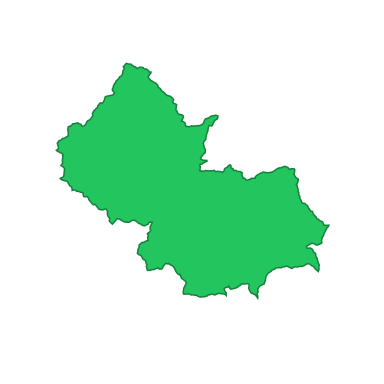 Huaraz, Áncash, Peru, rotated 231°
{"feature_id": "86281439B31428964114351", "entity_name": "Huaraz", "entity_type": "district", "adm_level": 2, "iso_a3": "PER", "parent_name": "Peru", "parent_adm1": "Áncash", "projection": "robinson", "projection_center": [-77.639, -9.574], "detail": "fine", "context": "isolated", "style": "filled", "palette": "green", "viewbox_px": 384, "rotation_deg": 231, "n_neighbors": 0, "source": "geoboundaries", "source_scale": "gbopen_adm2", "svg_char_len": 6061}
<svg xmlns="http://www.w3.org/2000/svg" viewBox="0 0 384 384"><g transform="rotate(231 192 192)"><path d="M234.8,260.0L236.9,258.7L237.8,256.4L238.8,255.2L239.1,253.3L238.9,252.1L240.3,248.6L239.9,247.0L238.3,244.2L238.1,242.3L238.7,240.0L242.4,234.4L243.7,233.4L244.3,231.1L246.8,228.8L247.7,228.8L249.4,229.8L250.6,230.0L253.4,229.0L253.8,228.4L254.2,229.2L254.2,230.2L255.0,230.9L255.5,232.5L256.9,233.1L258.3,232.8L261.0,230.5L262.4,230.5L264.3,231.3L265.4,231.1L266.6,231.7L269.5,235.0L270.5,234.8L272.8,233.3L274.5,234.2L275.0,235.4L275.5,235.9L277.7,235.9L280.3,235.3L282.1,233.8L284.5,232.9L286.0,233.0L290.3,232.0L291.5,232.4L292.5,232.4L294.4,231.7L296.4,232.5L298.8,232.5L304.9,230.1L305.7,230.4L306.8,230.0L308.0,230.0L309.4,230.8L309.5,232.0L310.2,233.1L310.1,234.5L311.0,235.6L312.0,234.4L313.4,234.6L316.6,233.8L317.4,232.6L318.4,232.2L319.3,232.3L320.2,231.7L321.8,230.2L322.6,227.2L323.1,226.7L324.7,226.9L326.1,225.8L327.6,225.6L328.7,224.8L329.5,225.2L331.1,223.5L333.3,221.9L332.6,217.4L330.3,217.1L329.7,214.8L327.5,212.3L326.9,211.0L326.7,210.3L327.0,208.0L326.2,206.5L326.0,202.6L325.3,201.9L324.9,199.8L323.8,197.5L323.0,196.9L322.3,195.2L321.2,194.1L317.8,194.2L317.2,191.5L320.4,185.3L320.5,184.3L318.6,181.7L317.5,179.0L317.4,178.1L318.8,177.1L319.1,176.1L318.5,174.6L318.4,173.1L317.2,171.8L317.2,169.6L316.7,168.5L317.0,167.6L316.5,165.8L315.8,164.3L315.1,163.6L313.8,163.1L313.4,162.0L312.3,157.8L312.7,157.2L313.0,155.7L312.6,154.1L311.5,152.2L311.3,149.9L311.5,149.1L312.5,147.9L314.5,148.4L316.4,146.9L317.6,146.9L318.6,144.6L320.0,142.4L319.6,140.1L320.5,136.6L319.9,136.4L318.9,134.8L316.6,133.6L313.6,131.3L314.3,125.8L315.2,125.1L314.8,123.8L314.8,122.1L315.5,121.3L315.3,119.7L314.7,118.0L313.6,117.7L312.9,117.0L311.4,116.7L310.2,116.1L309.7,115.1L309.8,112.8L308.7,113.0L304.1,115.0L302.2,115.3L301.7,114.3L300.5,113.7L298.4,111.3L295.9,109.7L295.0,106.8L292.6,107.7L290.2,107.7L289.5,106.7L286.3,103.7L284.9,101.9L284.9,99.9L285.6,98.5L285.3,98.0L282.9,98.7L278.8,101.8L273.7,100.9L271.6,101.5L270.1,100.9L268.6,99.8L267.8,101.8L266.2,102.7L264.9,102.8L264.3,104.0L262.0,105.2L260.7,106.4L259.5,106.6L258.1,105.5L256.7,105.1L255.9,105.4L254.7,107.4L254.2,107.7L252.5,107.7L250.7,107.0L246.1,107.0L244.2,107.3L243.8,107.7L243.5,108.8L243.1,109.0L237.1,108.8L234.4,111.1L233.4,113.8L232.6,114.6L229.9,114.0L228.4,112.6L226.8,111.7L225.8,111.4L223.3,111.5L221.8,109.6L220.2,109.4L217.1,109.9L218.2,116.3L218.5,116.9L216.7,118.5L211.7,120.3L210.2,121.6L208.1,123.9L207.6,127.4L206.8,129.2L204.1,130.3L201.0,130.8L199.9,131.8L197.9,132.2L195.7,133.6L194.6,137.7L195.4,139.6L193.6,142.0L192.8,141.0L191.3,137.6L189.1,135.8L188.0,135.6L187.4,132.9L187.8,132.1L187.7,131.1L185.9,130.9L184.4,128.7L181.9,127.4L182.8,125.7L183.3,122.6L184.3,121.4L184.1,119.2L184.2,117.8L182.1,115.6L181.0,113.3L180.5,113.2L178.6,110.9L177.4,111.0L174.6,112.4L170.2,111.7L168.3,112.8L164.9,111.2L163.7,111.2L162.8,109.6L159.1,108.0L158.2,109.4L157.5,109.8L156.9,112.1L155.8,113.2L154.5,118.0L153.5,117.8L152.4,118.2L151.2,120.2L152.6,123.7L153.0,126.7L151.1,128.1L150.9,129.2L148.9,129.3L148.0,130.0L146.4,130.5L144.2,130.5L140.6,129.5L137.3,129.3L136.4,130.1L135.6,130.0L135.2,130.8L131.8,129.6L126.3,130.8L124.7,130.1L122.4,125.0L119.4,121.9L118.0,121.2L114.3,125.8L112.4,126.6L111.6,128.0L109.8,129.3L109.0,130.5L107.6,130.8L105.1,132.3L104.7,133.3L103.8,134.2L102.2,136.9L101.7,138.4L101.7,140.2L100.8,141.3L100.2,143.4L97.7,144.8L96.6,148.7L92.7,152.6L91.3,153.4L90.1,153.5L92.1,155.1L94.7,155.2L96.5,156.1L96.8,156.4L96.6,157.8L95.4,160.5L95.7,161.4L94.4,160.9L92.3,160.9L91.7,161.5L90.1,164.9L89.5,166.9L89.3,167.9L89.6,168.8L89.0,170.5L89.3,172.0L89.1,173.1L88.1,174.0L85.5,177.9L84.8,178.1L83.5,177.7L81.4,175.3L76.4,174.3L74.5,175.5L73.4,175.7L72.7,176.5L68.2,176.3L69.8,177.7L71.6,178.2L73.0,180.8L74.0,181.1L75.4,182.4L76.3,185.6L75.1,190.4L76.1,191.4L76.3,192.1L77.7,194.1L79.5,195.8L80.8,198.9L81.0,200.9L80.5,203.1L80.9,205.1L80.0,208.3L80.2,209.3L78.6,211.8L76.9,213.8L76.8,215.0L76.0,216.1L74.7,219.1L69.6,221.5L69.6,223.5L69.2,224.7L67.2,227.1L66.7,228.4L65.0,230.6L64.2,232.9L63.8,236.0L63.0,237.3L61.8,238.2L59.0,238.7L58.2,239.5L54.5,239.4L50.7,240.1L52.2,242.3L54.4,243.7L54.9,244.9L58.4,245.8L61.8,247.6L62.5,247.5L64.8,248.0L65.8,249.1L67.3,249.2L69.2,248.7L71.2,249.5L72.2,249.4L73.9,248.8L75.9,245.9L77.7,246.8L76.9,252.4L75.0,254.6L73.2,254.8L71.8,256.1L70.6,260.6L71.1,261.2L72.8,262.0L74.7,264.7L75.4,266.9L76.5,268.2L78.9,274.0L79.4,274.3L79.3,276.1L80.0,277.5L82.8,273.9L83.8,273.9L86.6,274.7L89.6,273.2L91.4,273.0L92.7,272.3L94.6,272.7L98.7,272.3L101.0,273.4L102.9,272.1L105.0,272.6L106.6,272.5L108.2,273.1L111.8,272.5L112.4,272.3L113.8,270.8L114.8,270.7L116.1,271.3L119.3,271.8L120.9,273.2L122.2,272.9L123.9,274.4L126.0,275.0L127.5,276.2L131.3,277.9L132.1,277.7L132.6,279.5L134.0,281.7L135.1,282.7L137.7,281.9L140.7,282.1L141.8,282.7L143.8,285.2L145.0,286.0L145.8,286.0L147.6,283.8L148.1,282.0L150.9,281.9L153.7,280.1L155.2,275.4L156.0,274.9L156.1,274.4L156.6,271.7L156.6,268.8L157.4,266.1L159.2,263.0L162.9,259.7L162.8,258.4L163.5,257.3L164.2,252.5L163.9,250.9L162.9,249.8L165.4,246.5L165.4,245.2L166.5,242.1L167.3,241.7L169.6,241.6L170.8,240.2L171.9,241.0L173.7,241.3L175.2,243.1L175.7,243.1L176.6,242.5L177.5,242.4L179.7,240.0L181.1,239.8L182.5,238.0L184.5,238.5L186.2,237.4L188.0,238.9L189.1,238.7L189.4,238.2L189.5,236.6L189.0,235.2L189.6,232.5L189.2,231.4L188.0,229.9L188.2,227.9L189.2,227.5L192.0,225.0L192.8,223.2L194.9,222.9L195.6,221.4L197.7,218.5L200.1,216.1L200.8,214.1L201.8,213.1L201.9,212.4L203.3,212.1L203.8,211.5L206.2,214.3L207.9,214.8L208.3,215.3L208.2,216.0L207.5,217.1L207.1,221.0L206.5,222.7L206.6,223.2L207.3,223.4L209.6,220.7L212.2,219.3L213.7,221.9L213.7,223.2L214.4,225.0L214.1,226.3L214.5,227.2L216.6,229.2L218.4,229.3L222.8,231.5L223.7,233.1L224.3,236.1L225.5,236.9L228.7,241.1L229.3,242.6L231.3,244.6L232.8,246.7L232.5,247.7L231.2,248.5L230.8,249.5L232.0,251.5L233.1,254.6L233.2,255.7L232.8,257.3L233.8,259.2L234.8,260.0Z" fill="#22c55e" stroke="#15803d" stroke-width="1.5"/></g></svg>